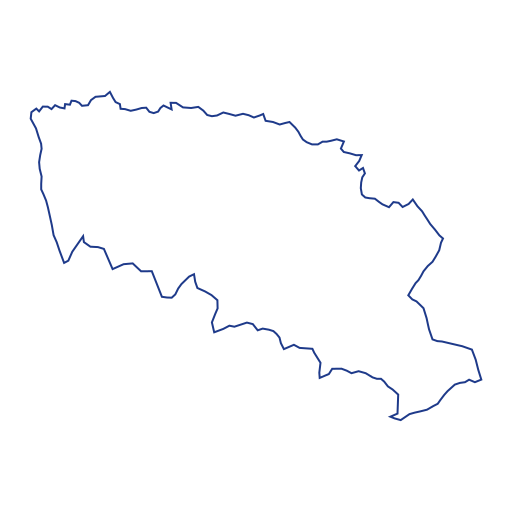 outline of Japorã, Mato Grosso do Sul, Brazil
{"feature_id": "56859067B58863435977493", "entity_name": "Japorã", "entity_type": "district", "adm_level": 2, "iso_a3": "BRA", "parent_name": "Brazil", "parent_adm1": "Mato Grosso do Sul", "projection": "natural_earth1", "projection_center": [-54.53, -23.825], "detail": "fine", "context": "isolated", "style": "outline", "palette": "blue", "viewbox_px": 512, "rotation_deg": 0, "n_neighbors": 0, "source": "geoboundaries", "source_scale": "gbopen_adm2", "svg_char_len": 2875}
<svg xmlns="http://www.w3.org/2000/svg" viewBox="0 0 512 512"><path d="M412.8,199.5L408.6,204.0L402.6,207.0L398.6,202.8L393.4,202.1L389.0,207.2L382.4,204.3L379.0,201.9L374.9,198.7L369.4,198.2L365.3,197.5L361.9,194.5L360.8,188.2L361.2,182.4L362.3,177.3L364.9,173.4L363.0,168.0L359.0,170.5L355.2,166.1L359.2,161.0L361.7,155.1L356.0,155.2L350.0,153.4L343.8,152.0L340.9,148.6L343.9,141.5L336.8,139.3L330.9,140.8L326.5,141.7L322.5,141.7L317.9,144.4L312.0,144.4L306.7,142.2L302.9,139.5L300.6,135.9L298.4,131.8L295.3,127.7L289.5,122.0L285.2,123.0L279.7,124.5L273.0,122.0L265.6,120.8L263.2,114.0L259.7,115.5L253.9,117.5L248.7,115.2L243.0,113.8L235.5,115.7L229.0,113.9L223.3,112.5L217.0,115.5L211.9,116.2L207.2,115.0L203.3,110.6L198.3,106.9L191.1,108.0L183.0,107.4L176.1,102.9L170.6,102.8L171.6,109.4L168.0,107.7L163.5,105.5L160.4,108.0L158.1,111.6L153.7,113.1L149.4,111.8L146.2,107.7L141.7,108.0L136.2,109.6L130.7,110.8L125.0,109.1L120.6,108.8L119.9,104.1L115.6,102.1L113.0,97.9L109.9,91.9L105.0,96.0L95.5,96.8L91.0,100.1L88.0,105.2L82.0,105.8L79.2,102.8L75.5,101.1L71.5,100.7L69.9,104.7L65.1,104.1L64.5,108.4L59.8,107.5L55.1,105.2L51.5,109.1L47.8,106.7L42.8,106.6L39.1,111.4L36.3,108.6L31.4,112.2L30.7,118.7L36.0,128.4L38.7,137.1L41.1,143.7L41.6,148.8L40.2,155.1L39.1,162.2L39.7,168.8L41.6,176.5L41.2,183.8L41.2,189.4L43.4,194.1L46.1,200.6L47.9,207.3L49.9,216.3L51.8,225.0L53.6,235.2L56.7,242.2L59.5,250.6L64.1,262.9L68.3,260.7L72.3,251.7L83.1,236.2L83.9,242.1L90.4,246.7L98.0,247.1L103.9,248.9L112.6,269.1L123.6,264.2L132.7,263.4L141.1,271.3L151.8,271.2L161.9,296.8L166.9,297.5L171.7,297.7L175.3,294.4L178.2,288.5L181.4,284.1L189.1,276.6L194.0,274.2L195.2,281.7L197.4,288.0L205.0,291.4L211.5,295.1L217.4,300.2L217.6,308.4L215.2,314.0L211.9,322.4L214.2,332.3L223.3,328.9L229.4,325.7L234.4,326.7L240.5,324.7L246.9,322.6L252.8,324.1L257.7,330.3L262.7,328.6L268.9,329.7L273.4,331.1L276.6,334.0L279.5,337.6L280.9,343.2L283.9,349.1L293.9,344.8L299.6,347.9L306.7,348.4L312.4,348.8L314.2,352.7L320.5,362.8L319.3,372.7L319.7,377.9L328.9,374.0L332.2,368.8L341.5,368.7L346.8,370.7L351.5,373.2L358.6,371.2L365.7,373.2L372.6,377.4L376.9,378.8L381.0,378.8L384.2,381.6L387.9,386.4L392.6,389.5L398.2,394.6L397.5,413.6L390.4,416.7L394.6,418.4L400.7,420.1L409.5,414.1L414.8,412.6L420.2,411.4L427.0,409.7L433.2,406.1L437.7,403.8L440.5,399.8L444.3,394.8L447.5,391.2L454.8,384.6L459.9,382.9L465.0,382.2L469.1,379.7L474.9,382.2L481.3,379.6L478.2,369.6L475.7,359.7L471.9,349.6L462.2,346.2L457.4,345.1L442.0,341.5L437.3,341.1L432.5,339.4L429.0,329.2L427.9,324.3L426.6,318.2L423.5,308.2L416.5,301.4L412.3,299.4L408.3,295.3L412.1,288.7L415.6,283.1L418.4,280.2L421.1,275.8L423.5,271.3L427.8,266.0L432.5,261.8L435.7,256.6L439.2,250.3L441.0,242.7L443.0,238.5L439.4,235.4L435.1,229.8L430.2,224.0L427.4,219.6L424.7,215.5L422.1,211.3L417.4,206.2L412.8,199.5Z" fill="none" stroke="#1e3a8a" stroke-width="2"/></svg>